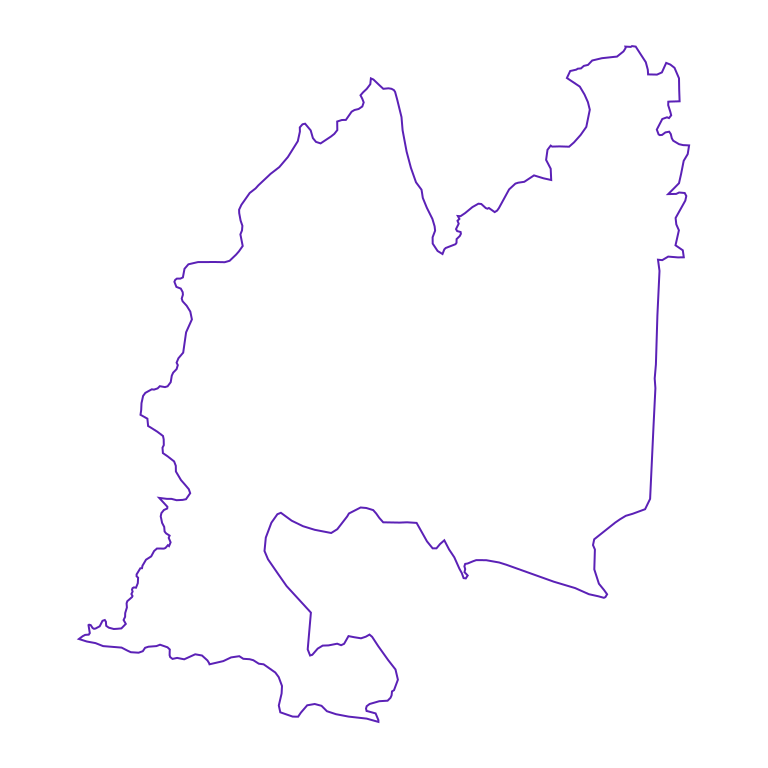 the district of Wamba, Orientale, Democratic Republic of the Congo
{"feature_id": "63176286B98159467986291", "entity_name": "Wamba", "entity_type": "district", "adm_level": 2, "iso_a3": "COD", "parent_name": "Democratic Republic of the Congo", "parent_adm1": "Orientale", "projection": "mercator", "projection_center": [27.709, 2.096], "detail": "fine", "context": "isolated", "style": "outline", "palette": "violet", "viewbox_px": 768, "rotation_deg": 0, "n_neighbors": 0, "source": "geoboundaries", "source_scale": "gbopen_adm2", "svg_char_len": 6015}
<svg xmlns="http://www.w3.org/2000/svg" viewBox="0 0 768 768"><path d="M209.5,664.3L223.3,661.1L231.1,657.4L239.3,656.2L243.3,658.8L249.6,659.2L253.3,660.2L254.1,660.7L258.8,663.7L262.7,664.2L263.6,664.3L275.3,672.5L278.7,677.1L282.0,686.0L281.6,693.5L278.8,705.5L280.3,712.3L292.7,716.6L298.1,716.7L300.9,712.6L307.2,705.3L314.7,704.0L321.5,705.8L326.9,711.2L336.0,714.2L348.6,716.6L366.6,718.6L378.4,721.9L378.4,720.1L375.6,713.4L367.6,711.2L366.6,711.0L366.0,708.6L366.7,706.2L369.6,704.0L379.3,701.2L387.6,700.7L390.5,697.8L391.6,695.3L392.0,691.4L394.0,690.2L397.9,679.7L395.5,669.5L388.1,660.0L378.2,646.1L372.1,636.8L369.5,634.6L365.8,636.7L361.0,638.3L354.1,637.2L348.5,636.1L344.1,643.8L341.1,645.2L337.2,643.7L328.5,645.4L322.7,645.6L317.7,648.6L312.3,654.8L310.1,655.5L307.7,649.4L310.9,612.6L286.6,586.1L278.2,574.1L268.0,559.3L264.5,551.0L265.8,537.6L271.4,522.7L277.4,514.2L280.9,512.8L291.7,520.7L303.0,526.2L314.7,529.8L331.2,533.0L337.3,529.2L347.2,516.4L348.9,513.5L360.6,507.5L366.3,508.0L373.2,510.1L376.2,513.5L379.3,517.9L383.2,522.3L399.7,522.6L407.0,522.3L416.6,522.9L427.0,541.4L432.6,548.3L436.5,548.3L440.0,544.1L444.3,540.3L449.1,549.5L454.3,557.3L459.4,568.7L461.8,573.1L463.6,578.1L465.8,578.4L466.3,577.6L467.7,575.5L465.7,573.4L464.5,572.2L465.2,569.1L464.4,566.3L465.2,563.9L467.6,563.5L473.2,561.2L476.3,560.1L486.2,560.2L499.2,562.5L506.5,564.8L553.8,581.7L575.2,588.1L588.9,594.2L598.4,596.3L603.9,597.8L605.4,597.1L607.1,594.3L604.1,590.1L598.9,583.7L594.3,569.4L594.9,549.5L593.0,545.1L594.2,539.3L615.2,522.6L620.0,519.3L625.8,515.8L632.6,513.8L645.1,509.2L650.1,498.9L653.5,426.4L655.4,388.2L654.7,378.5L655.9,364.5L657.4,315.3L659.5,270.9L658.0,259.7L661.9,260.1L662.3,260.1L668.2,256.6L677.9,257.4L683.8,257.3L682.8,250.3L675.5,245.3L678.9,230.3L676.3,224.4L675.6,218.0L685.3,200.6L686.3,196.0L684.7,193.0L679.1,192.5L677.7,193.2L676.2,193.9L668.2,194.1L669.5,192.8L674.7,187.6L679.0,183.2L681.1,173.9L683.7,160.8L687.7,154.1L689.1,145.4L683.1,145.1L679.1,144.2L673.2,140.7L671.8,138.3L670.8,134.1L669.2,131.7L665.4,132.4L662.1,134.9L659.8,135.1L658.6,134.4L656.8,129.6L662.3,119.0L667.0,117.3L669.0,118.1L671.2,115.3L670.3,111.8L668.2,105.2L668.3,101.7L669.3,101.6L679.6,101.3L679.2,90.0L679.0,78.3L674.5,67.8L670.4,64.6L666.2,62.9L661.9,72.4L657.0,74.6L648.1,74.4L647.8,69.7L645.8,62.2L640.6,54.2L635.7,46.6L632.0,46.1L630.8,46.9L625.4,46.6L625.7,47.7L625.2,48.7L623.5,51.4L617.0,56.6L613.9,56.9L601.9,58.2L592.2,60.5L588.0,64.9L583.8,65.9L581.0,68.4L577.7,68.7L576.4,69.6L572.1,70.6L570.2,71.0L569.5,72.5L566.9,78.0L579.8,86.6L584.5,94.5L587.9,102.1L589.8,109.7L586.3,126.9L580.6,135.0L574.0,142.4L569.1,146.7L559.5,146.4L552.1,146.6L550.7,145.6L547.5,149.8L546.1,159.9L550.7,168.7L551.2,180.0L543.5,178.3L534.0,175.4L524.3,181.8L518.2,182.7L515.4,183.6L509.1,189.4L498.9,208.1L497.1,210.6L494.7,212.1L488.9,208.0L487.5,208.7L485.8,208.1L481.3,204.0L478.4,203.7L472.4,207.1L465.1,213.1L460.5,216.2L457.8,216.0L459.4,218.9L457.5,220.8L458.7,223.7L456.0,229.1L457.2,231.1L460.6,232.0L460.9,233.8L459.8,236.0L456.6,239.1L456.5,242.8L455.5,244.2L453.2,245.1L445.7,248.0L444.3,249.4L442.5,254.0L437.6,251.0L432.7,243.6L432.6,237.3L435.1,230.7L434.6,226.3L432.4,218.9L426.8,207.7L422.8,197.9L421.9,192.0L421.5,189.7L416.0,182.3L410.9,167.8L406.6,151.6L402.6,130.3L401.5,117.1L397.2,99.6L395.1,91.9L393.9,90.1L391.5,88.8L388.5,88.3L383.3,88.8L379.6,85.4L373.4,79.5L370.9,78.4L370.3,84.2L366.8,88.8L363.0,92.4L360.5,95.3L362.3,98.8L363.7,102.4L362.3,106.5L358.6,109.0L354.5,110.0L351.6,111.7L345.9,119.9L341.9,120.0L337.2,121.5L337.3,130.1L334.3,133.9L331.0,136.5L320.6,143.4L316.0,141.9L312.9,138.1L310.7,130.4L305.1,123.7L302.5,124.3L299.8,127.4L299.9,131.6L297.8,141.2L287.9,157.0L279.3,167.1L270.5,173.9L268.1,176.2L258.4,185.3L255.6,188.4L249.7,193.0L241.4,204.8L239.1,209.7L239.2,213.1L240.6,220.6L242.4,225.8L242.0,230.4L240.4,234.4L242.7,246.0L238.9,251.4L236.1,254.6L229.6,260.8L224.7,262.2L215.0,262.0L197.9,262.1L188.4,264.3L184.5,268.8L182.9,277.4L180.4,278.6L176.9,278.6L175.2,279.9L174.4,281.8L176.4,286.9L180.8,288.6L182.5,291.8L182.7,292.2L182.9,294.8L181.7,298.6L182.6,301.3L186.7,305.8L190.3,311.6L191.9,319.4L186.1,332.3L183.2,352.6L178.4,358.3L176.6,362.7L177.8,365.1L176.6,369.1L173.2,372.6L171.8,375.6L170.7,382.2L167.6,386.3L165.0,387.1L159.8,386.2L157.6,388.4L154.0,389.6L151.8,389.3L149.6,390.5L145.3,392.9L144.6,393.9L143.1,395.9L141.5,403.2L141.2,410.0L140.5,414.8L147.4,418.7L148.1,426.0L150.5,427.4L157.3,431.7L163.0,436.0L163.7,439.4L163.8,445.1L162.5,447.7L162.9,453.1L167.3,456.1L174.1,461.4L175.8,465.8L175.9,471.5L181.0,480.1L185.1,484.8L188.8,489.2L190.2,493.2L186.0,499.2L182.6,499.9L176.6,500.2L171.6,498.9L167.2,498.9L159.2,497.9L167.4,506.8L167.2,508.5L163.9,510.0L161.4,513.1L160.7,516.4L161.1,518.1L162.1,522.9L164.2,526.9L164.6,531.5L166.1,533.4L169.6,535.6L168.7,537.9L170.6,542.3L169.9,544.1L169.0,546.1L167.9,545.2L167.2,546.0L165.5,547.9L165.4,548.0L163.9,548.6L157.0,548.5L154.1,551.0L151.2,556.4L146.0,559.7L143.2,564.5L142.7,565.3L142.5,565.6L142.0,568.2L141.6,568.2L140.3,568.3L136.6,574.4L136.6,576.3L137.7,577.3L138.1,577.7L137.8,583.2L136.4,586.7L136.0,587.7L133.9,587.4L132.6,588.1L132.0,589.6L132.2,590.3L132.6,591.6L131.4,594.0L132.5,596.0L132.0,597.1L127.3,601.2L126.7,603.0L126.6,603.4L126.9,607.5L125.6,611.7L125.2,613.1L125.1,616.8L123.6,620.0L125.8,623.9L121.4,628.4L117.0,628.8L113.8,629.0L108.9,627.7L108.1,627.2L106.2,625.8L105.9,621.7L104.8,620.0L102.5,620.8L99.7,626.3L95.6,628.5L94.0,628.8L92.9,628.2L92.6,628.0L90.7,625.1L89.1,624.7L88.5,625.1L89.8,633.1L88.7,634.7L87.6,634.7L85.1,634.9L84.0,635.5L82.8,636.1L78.9,639.0L86.8,641.5L95.5,643.1L103.1,646.1L121.6,647.6L127.6,650.7L130.8,652.2L138.6,652.7L142.8,651.2L145.1,647.8L148.5,646.7L156.4,646.1L159.3,645.0L160.0,644.7L167.5,647.3L169.8,649.5L169.7,651.1L169.6,655.2L170.2,657.1L172.5,658.9L177.1,657.9L184.2,659.3L195.2,654.3L195.8,654.4L202.0,655.5L207.4,660.4L209.1,663.1L209.2,663.5L209.5,664.3Z" fill="none" stroke="#5b21b6" stroke-width="2"/></svg>